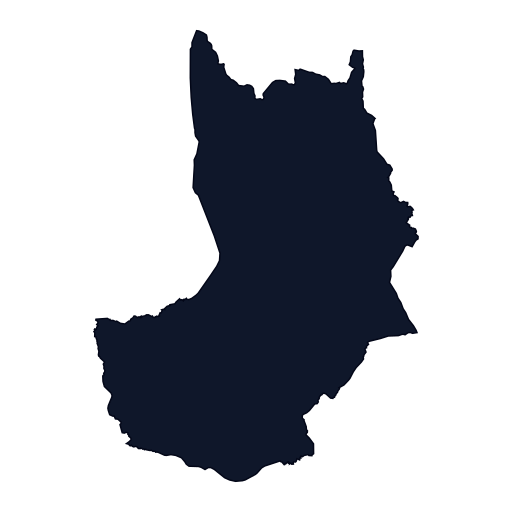 Veun Sai, Rôtânôkiri, Cambodia
{"feature_id": "14789045B84584240899175", "entity_name": "Veun Sai", "entity_type": "district", "adm_level": 2, "iso_a3": "KHM", "parent_name": "Cambodia", "parent_adm1": "Rôtânôkiri", "projection": "orthographic", "projection_center": [106.861, 14.079], "detail": "fine", "context": "isolated", "style": "filled", "palette": "ink", "viewbox_px": 512, "rotation_deg": 0, "n_neighbors": 0, "source": "geoboundaries", "source_scale": "gbopen_adm2", "svg_char_len": 5999}
<svg xmlns="http://www.w3.org/2000/svg" viewBox="0 0 512 512"><path d="M284.8,464.5L285.2,463.3L285.9,463.7L287.5,461.8L288.0,461.8L287.6,462.6L288.5,463.3L289.6,462.7L290.0,463.3L289.8,463.9L290.7,463.4L291.4,463.5L291.7,464.2L293.4,464.1L293.2,462.4L293.8,461.9L295.5,462.0L296.2,461.2L297.0,458.7L299.6,459.9L300.0,458.0L300.8,457.9L300.3,457.2L300.6,456.7L301.5,456.6L301.4,456.1L302.5,456.7L304.2,455.4L307.6,454.7L308.3,454.7L308.9,455.5L311.9,455.7L312.0,455.0L313.6,453.7L313.5,443.8L309.2,438.0L306.1,434.9L306.1,433.8L307.3,432.4L307.0,431.6L307.5,431.0L306.4,429.5L306.2,426.6L304.0,420.6L304.1,419.8L302.3,418.2L302.3,415.5L303.2,414.4L306.6,412.8L309.4,410.5L314.7,404.0L317.2,403.6L318.3,401.9L317.8,400.5L319.2,398.6L319.2,397.3L320.8,395.0L321.6,395.0L323.0,393.3L324.5,393.3L326.1,394.0L330.6,398.1L332.9,398.4L333.4,397.4L334.4,397.3L334.8,396.7L334.6,395.8L335.9,394.9L336.0,393.9L337.5,392.3L337.9,390.8L339.2,389.2L339.5,388.2L339.0,387.7L343.9,385.0L348.4,380.3L349.9,378.4L353.3,371.8L356.2,367.5L361.4,362.0L363.5,359.0L363.2,356.7L363.8,356.1L363.9,354.9L366.0,352.1L364.8,348.8L365.8,347.9L366.5,347.8L366.4,346.4L368.5,344.3L367.4,342.7L367.7,342.3L369.1,341.3L380.4,338.5L388.3,336.0L398.5,335.6L402.1,334.3L404.5,334.4L405.0,334.8L408.0,332.7L410.4,332.5L412.5,333.3L417.0,332.6L416.1,330.3L413.4,325.7L408.5,319.4L405.7,312.7L403.1,308.7L400.8,302.5L397.9,298.1L396.3,293.4L389.5,282.4L390.9,276.4L390.6,270.1L393.2,266.7L402.7,251.1L404.9,246.3L406.4,245.2L407.8,245.0L412.1,246.7L414.8,241.8L416.2,240.0L418.0,238.9L418.1,236.4L415.5,233.9L415.3,233.0L416.1,232.4L416.4,231.4L415.4,229.0L413.0,228.1L411.5,228.4L411.3,227.5L409.8,227.1L409.4,226.2L409.7,225.2L406.2,222.7L408.3,219.4L408.4,218.8L407.9,218.8L408.4,217.1L410.1,217.2L410.9,215.7L412.4,215.5L411.6,212.6L412.1,212.3L411.7,210.4L413.3,209.9L412.4,208.4L410.3,206.4L407.4,206.7L407.0,206.0L407.8,203.9L407.7,202.5L405.3,202.4L403.6,201.4L400.9,202.6L399.8,202.4L397.8,200.8L397.5,200.0L398.1,198.9L397.6,197.8L394.9,195.6L393.5,195.5L393.1,193.8L394.0,191.9L391.8,190.9L391.3,185.1L389.8,182.0L388.7,180.8L388.8,177.9L387.8,177.4L388.7,176.6L390.6,173.3L390.6,172.3L392.2,170.2L392.1,168.9L389.8,165.1L386.9,164.2L383.6,158.9L377.1,151.9L376.7,150.3L375.4,130.5L372.9,123.6L374.6,118.9L375.1,118.5L371.6,115.4L366.8,113.0L364.7,109.4L363.3,108.2L363.0,101.1L361.6,98.5L362.7,96.9L362.5,92.1L363.5,89.1L362.8,86.8L362.0,86.2L361.5,80.8L363.3,76.7L363.8,71.8L363.7,69.8L363.0,68.5L363.4,67.1L362.5,63.8L363.3,59.9L362.5,56.7L362.4,50.8L359.0,51.0L354.3,50.2L353.6,50.4L353.0,51.4L352.2,54.7L350.8,56.8L350.4,61.8L349.2,64.7L352.6,67.3L354.8,68.0L354.8,68.7L351.6,72.3L350.0,77.9L348.1,80.7L347.4,82.9L346.5,83.8L343.7,82.8L340.5,83.5L339.5,82.4L336.0,83.5L334.2,83.3L331.2,83.7L328.4,79.3L324.8,76.5L322.6,76.6L319.7,74.9L315.6,74.1L312.5,72.4L309.2,72.3L300.4,69.2L299.8,69.3L298.8,70.4L295.1,69.6L295.7,74.4L294.6,78.5L295.4,83.0L294.3,84.7L293.2,84.8L291.8,84.1L288.5,84.2L285.4,81.1L279.8,80.4L275.7,80.6L272.5,82.5L263.3,93.6L263.1,95.0L264.1,97.4L263.3,99.4L262.0,99.7L260.3,98.8L256.4,99.4L254.8,98.4L255.0,95.9L253.9,93.4L253.4,88.6L251.7,86.3L249.6,85.2L247.0,84.8L244.1,86.2L238.6,85.5L236.5,82.8L233.2,80.2L230.8,79.5L229.1,77.2L226.6,75.2L225.8,73.9L223.7,67.2L224.1,64.3L223.6,63.8L221.1,64.4L218.2,64.0L217.9,62.9L218.4,61.0L217.4,56.0L215.6,52.3L211.8,49.3L211.7,45.8L211.2,44.4L210.2,43.2L207.6,41.5L207.1,40.3L207.0,37.3L206.4,35.0L203.0,32.8L198.9,31.0L196.6,30.7L192.0,42.6L192.0,46.9L190.4,49.2L190.3,77.9L191.2,97.2L192.7,114.2L194.5,128.1L195.0,129.4L195.0,132.7L195.6,136.1L198.9,140.8L199.2,142.0L196.9,153.9L194.2,159.8L194.4,165.3L193.1,187.6L195.4,192.7L198.4,195.2L214.3,235.9L220.0,253.2L219.5,260.7L216.7,266.4L210.4,275.7L198.1,293.3L196.1,295.2L191.7,298.4L188.8,299.6L186.6,299.2L186.3,298.4L184.8,299.7L184.1,299.2L183.3,299.6L183.7,300.2L183.4,300.9L181.5,299.7L180.4,300.0L179.6,298.8L176.0,302.1L174.9,303.8L169.9,304.7L170.0,305.5L167.1,306.3L164.5,308.7L164.7,309.5L163.2,309.3L161.6,309.8L162.2,310.5L161.4,312.5L160.8,313.1L160.1,312.8L158.9,315.6L159.3,315.9L158.1,316.6L156.8,316.1L155.9,317.0L155.3,316.7L155.1,317.3L154.2,317.6L153.0,317.1L152.4,316.0L151.4,316.4L148.5,314.8L146.6,314.8L146.2,315.5L145.5,315.3L144.7,316.0L142.9,316.2L140.9,317.8L140.3,317.6L140.8,316.4L139.1,317.2L138.2,316.9L137.6,317.6L136.8,317.4L135.6,316.2L134.1,316.0L132.9,317.8L130.8,319.2L130.3,320.6L129.5,321.2L128.8,321.1L124.9,324.0L120.3,323.3L116.7,321.1L115.8,321.6L113.0,320.4L110.4,320.5L110.0,319.4L109.1,319.5L107.4,318.4L96.0,319.2L95.8,320.1L97.7,321.3L98.0,323.0L96.7,324.5L98.0,325.9L96.8,327.1L96.4,329.3L94.8,328.9L94.4,329.5L95.1,330.2L93.9,331.6L94.8,332.8L94.7,336.6L95.9,336.9L96.4,339.0L97.0,339.6L96.9,341.2L97.4,342.0L97.1,343.2L98.4,346.7L98.1,348.5L98.9,351.3L98.4,354.8L98.7,356.1L99.5,356.5L100.4,358.1L104.6,362.0L103.3,364.1L104.0,366.2L103.9,368.5L104.9,370.4L104.5,372.5L103.9,372.9L103.7,373.7L104.3,374.7L103.0,375.5L102.8,376.3L103.0,381.4L104.4,386.5L111.0,392.9L112.0,395.1L111.9,397.0L108.4,405.5L107.9,408.2L108.3,410.4L109.7,414.7L112.8,416.1L114.2,416.1L115.4,418.9L118.0,419.2L121.1,422.2L121.1,423.4L120.0,424.6L122.2,432.7L124.4,433.1L126.1,432.3L127.9,432.8L127.9,434.4L128.9,435.1L128.8,436.2L130.6,437.8L131.2,438.9L131.0,439.8L129.4,441.5L126.5,443.6L129.2,444.4L129.5,445.5L130.5,445.8L131.4,445.2L132.3,446.3L133.8,446.9L135.5,446.4L136.8,446.7L138.4,448.5L140.3,448.6L140.7,448.1L141.9,448.4L142.6,449.1L143.9,449.0L144.4,449.7L145.8,449.2L146.1,449.7L150.0,450.5L151.4,450.3L152.9,451.3L155.1,451.3L155.7,452.2L157.0,452.0L158.4,452.4L164.5,455.2L166.4,455.4L170.9,454.6L175.8,455.4L181.5,457.8L184.8,461.7L186.3,464.2L189.0,466.2L198.6,466.5L201.2,467.3L205.0,469.5L208.2,467.6L210.9,467.6L214.3,469.4L224.6,477.7L229.7,480.0L235.5,481.3L242.4,480.7L245.2,479.9L255.4,474.4L257.0,473.1L261.6,467.9L264.7,466.0L280.2,460.9L280.8,461.7L281.9,462.0L284.2,464.7L284.8,464.5Z" fill="#0f172a" stroke="#020617" stroke-width="1.5"/></svg>